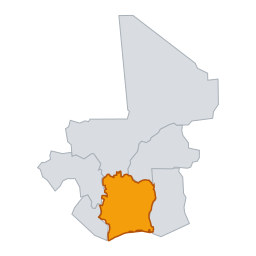 Ivory Coast highlighted among its neighbors
{"feature_id": "CIV", "entity_name": "Ivory Coast", "entity_type": "country or territory", "adm_level": 0, "iso_a3": "CIV", "parent_name": "Africa", "parent_adm1": "", "projection": "natural_earth1", "projection_center": [-5.78, 7.538], "detail": "fine", "context": "with_neighbors", "style": "filled", "palette": "amber", "viewbox_px": 256, "rotation_deg": 0, "n_neighbors": 5, "source": "natural_earth", "source_scale": "50m", "svg_char_len": 5832}
<svg xmlns="http://www.w3.org/2000/svg" viewBox="0 0 256 256"><path d="M72.0,156.4L71.2,144.8L67.7,141.7L65.5,128.7L68.7,126.7L70.3,120.3L79.7,123.1L85.0,120.9L88.6,121.6L90.0,119.2L127.3,119.0L129.4,111.4L127.8,110.0L118.9,15.6L132.9,15.4L195.2,63.2L197.5,68.3L207.6,73.2L207.8,80.2L218.0,79.1L218.4,104.3L213.5,111.6L212.7,118.3L191.8,121.0L188.4,124.9L176.5,125.3L174.1,123.2L169.0,124.8L160.3,129.3L158.5,132.7L151.3,137.6L150.1,140.4L146.2,142.7L141.6,141.2L139.1,143.9L137.7,151.3L130.3,160.4L130.5,164.1L128.0,168.7L128.6,175.0L122.5,178.0L121.1,173.4L116.8,174.4L115.1,177.6L104.0,176.8L101.2,173.7L101.7,170.4L100.5,169.2L98.5,170.2L100.8,163.9L93.8,153.9L91.9,153.6L84.1,159.0L75.9,155.0L72.0,156.4Z" fill="#d9dde1" stroke="#a8b0b8" stroke-width="1"/><path d="M179.4,168.0L178.7,171.4L182.7,177.0L183.6,193.5L186.0,197.5L184.0,207.3L184.7,212.7L189.4,223.5L161.0,236.7L152.6,233.6L153.0,229.3L148.9,220.0L151.3,207.6L155.3,198.5L151.5,174.8L151.7,168.6L179.4,168.0Z" fill="#d9dde1" stroke="#a8b0b8" stroke-width="1"/><path d="M51.1,150.9L62.3,153.6L71.5,152.4L72.0,156.4L75.9,155.0L84.1,159.0L91.9,153.6L93.8,153.9L100.8,163.9L98.5,170.2L100.5,169.2L101.7,170.4L101.2,173.7L104.0,176.8L102.1,177.7L101.4,181.4L105.8,194.6L101.4,197.4L101.6,204.3L97.5,204.0L95.5,208.4L92.9,208.4L91.1,206.0L91.7,201.7L87.8,195.0L80.7,197.1L79.7,187.1L75.1,178.6L67.6,178.6L62.8,180.9L60.1,186.2L55.1,191.0L47.4,180.3L42.6,176.7L40.3,169.5L37.6,167.7L41.8,162.4L44.6,162.6L50.6,159.3L49.8,155.7L51.1,150.9Z" fill="#d9dde1" stroke="#a8b0b8" stroke-width="1"/><path d="M100.1,204.3L100.6,212.7L98.6,217.6L108.3,225.9L106.9,240.5L94.8,235.4L71.9,214.1L74.7,207.5L83.3,196.5L87.8,195.0L91.7,201.7L91.1,206.0L92.9,208.4L95.5,208.4L97.5,204.0L100.1,204.3Z" fill="#d9dde1" stroke="#a8b0b8" stroke-width="1"/><path d="M128.6,175.0L128.0,168.7L130.5,164.1L130.3,160.4L137.7,151.3L139.1,143.9L141.6,141.2L146.2,142.7L150.1,140.4L151.3,137.6L158.5,132.7L160.3,129.3L169.0,124.8L174.1,123.2L176.5,125.3L182.4,125.3L181.7,130.6L183.0,135.6L188.3,142.7L188.6,148.0L199.4,150.4L199.3,157.9L197.3,161.2L192.7,162.2L190.8,167.0L187.6,168.2L175.1,167.1L172.1,168.9L151.7,168.6L152.8,183.0L146.3,180.2L141.9,180.6L138.7,183.3L128.6,175.0Z" fill="#d9dde1" stroke="#a8b0b8" stroke-width="1"/><path d="M104.4,177.3L104.7,177.3L105.4,177.1L106.0,176.5L106.6,175.3L107.5,174.4L108.4,174.5L108.7,174.3L109.0,174.3L109.4,174.9L109.8,175.4L110.0,175.4L110.3,176.3L111.9,176.6L112.7,176.9L113.3,177.5L113.5,177.5L113.8,177.4L114.0,177.2L114.0,176.9L113.7,176.3L113.8,175.8L114.1,175.3L114.6,175.3L115.2,175.2L116.0,175.2L116.5,175.3L116.8,174.8L116.5,173.5L116.6,172.8L116.7,172.2L116.9,171.9L117.7,172.7L118.5,173.0L119.1,173.0L119.2,172.8L119.0,172.0L119.0,171.8L119.2,171.6L119.6,171.5L120.6,171.2L120.7,171.3L120.9,172.6L120.8,173.0L121.0,173.9L121.2,174.7L121.2,175.1L121.0,175.6L120.8,176.0L121.2,176.6L121.9,176.9L122.7,177.0L123.1,176.5L123.6,176.1L123.9,175.7L124.0,175.2L124.5,174.8L125.9,174.4L127.2,174.3L127.5,174.4L128.1,175.2L128.8,175.7L129.9,175.6L130.7,175.9L131.5,176.4L131.9,177.7L132.4,178.6L132.7,179.8L133.5,180.5L134.1,180.8L135.0,181.7L135.9,182.2L136.8,182.1L137.3,182.6L138.0,182.9L138.7,182.9L139.3,181.9L140.1,181.5L142.1,180.6L142.9,180.2L143.7,180.0L145.7,179.9L147.5,180.2L148.4,180.4L149.0,180.2L149.6,180.7L150.2,181.8L150.7,182.1L151.2,182.5L151.6,183.3L152.1,184.2L152.3,184.5L152.9,185.3L153.3,185.4L153.8,185.0L154.0,184.7L154.1,185.3L153.9,186.2L153.9,186.7L154.2,186.9L154.1,187.6L153.5,188.8L153.5,189.5L154.1,189.7L154.4,190.5L154.7,191.7L154.9,192.2L154.9,192.4L155.3,195.5L155.8,198.6L155.5,199.0L155.1,199.1L154.8,199.3L154.7,199.6L154.9,200.0L154.8,200.4L154.3,200.6L153.2,201.6L153.1,202.0L152.8,202.9L152.5,203.4L152.2,204.3L151.6,206.8L151.4,208.9L151.3,209.6L151.1,210.0L150.8,210.6L149.6,212.4L149.0,213.9L149.1,214.5L149.1,215.2L148.9,215.6L148.9,216.8L149.1,217.9L149.3,218.9L150.2,221.7L150.7,223.5L151.0,224.9L151.2,225.8L151.5,226.2L151.6,226.6L152.9,226.8L153.2,227.0L153.5,228.9L153.5,229.7L153.2,230.0L153.2,230.7L153.1,231.6L153.0,231.9L152.2,232.0L151.7,232.3L151.0,232.1L151.0,231.9L150.6,231.9L149.6,231.4L149.8,229.8L149.3,229.7L149.0,229.9L148.3,231.8L148.0,232.2L143.0,231.2L142.0,230.4L140.7,230.2L138.5,230.3L136.6,230.5L136.1,231.0L140.7,230.7L141.2,230.8L141.5,231.1L135.6,231.7L133.4,232.1L132.7,232.0L132.2,231.4L129.8,231.3L129.3,231.5L129.0,231.9L129.9,231.8L131.4,231.8L131.8,232.2L127.1,232.6L123.8,233.5L122.4,234.1L117.9,236.2L115.1,237.2L114.3,237.5L113.1,238.5L111.4,239.2L109.6,240.4L108.5,240.6L108.2,240.3L108.2,238.2L108.1,235.5L108.1,234.5L108.3,233.5L108.3,232.7L108.8,232.4L109.0,232.1L109.1,231.0L109.6,230.0L109.6,228.4L109.7,228.0L109.9,227.6L109.6,226.5L109.3,224.4L109.2,224.3L108.8,224.4L107.6,223.7L106.8,223.6L106.1,223.0L106.1,222.3L105.8,221.8L105.6,221.0L105.3,220.1L104.4,219.6L103.6,219.4L103.0,219.5L102.3,219.5L101.5,219.2L101.0,218.9L100.5,218.2L100.0,217.6L99.6,217.7L99.2,217.6L98.7,217.3L98.6,217.1L100.5,215.0L101.1,213.9L101.2,213.3L101.2,212.7L101.4,212.0L101.4,211.0L100.4,207.3L100.1,206.2L99.9,205.8L99.7,205.7L100.2,205.2L100.9,205.3L102.1,205.7L102.3,205.4L103.2,203.5L103.1,202.8L103.1,202.3L103.6,201.1L103.9,200.6L104.2,200.0L104.1,199.3L103.8,199.0L103.4,199.1L102.9,198.9L102.2,198.5L101.8,198.1L102.0,196.4L102.0,195.9L102.3,195.6L102.7,195.5L103.8,195.5L104.7,195.7L105.5,195.8L105.9,195.8L106.2,196.3L106.7,196.8L107.1,196.8L107.2,196.4L107.2,194.8L106.9,193.9L106.3,193.0L104.7,192.3L104.7,191.3L104.8,190.2L105.2,189.8L106.3,189.1L106.1,188.7L105.8,188.3L105.0,187.9L105.2,186.6L105.2,185.5L104.6,185.6L104.0,185.6L103.4,185.3L103.0,184.6L102.9,182.6L102.9,180.4L102.8,179.4L103.0,178.8L103.6,178.4L104.2,177.7L104.4,177.3ZM150.4,232.2L150.1,232.6L148.9,232.3L149.2,232.0L150.4,232.2Z" fill="#f59e0b" stroke="#b45309" stroke-width="1.5"/></svg>